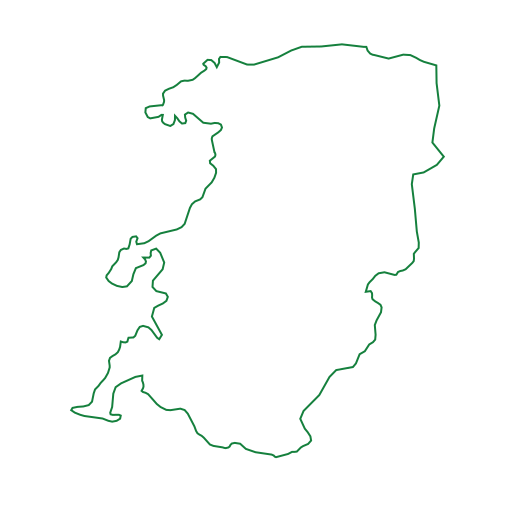 SVG path tracing the border of Rangpur, rotated 263°
{"feature_id": "BGD-5492", "entity_name": "Rangpur", "entity_type": "Division", "adm_level": 1, "iso_a3": "BGD", "parent_name": "Bangladesh", "parent_adm1": "", "projection": "natural_earth1", "projection_center": [88.983, 25.892], "detail": "fine", "context": "isolated", "style": "outline", "palette": "green", "viewbox_px": 512, "rotation_deg": 263, "n_neighbors": 0, "source": "natural_earth", "source_scale": "10m", "svg_char_len": 4109}
<svg xmlns="http://www.w3.org/2000/svg" viewBox="0 0 512 512"><g transform="rotate(263 256 256)"><path d="M452.3,380.8L450.5,388.2L450.1,391.0L446.3,391.8L443.0,394.0L441.6,396.2L441.0,398.1L435.8,411.7L437.9,426.7L436.6,433.7L433.2,439.1L430.5,442.6L428.3,446.3L423.2,458.2L405.6,456.3L382.9,456.3L360.9,448.4L347.1,444.9L331.7,454.5L324.4,446.6L318.5,432.6L317.8,422.0L308.3,419.4L283.4,419.4L260.7,418.6L249.5,419.2L244.1,418.4L240.2,414.1L238.9,412.9L234.0,412.5L231.7,411.9L230.1,410.3L224.6,402.9L223.7,399.9L223.5,397.3L222.8,395.0L220.3,393.0L220.3,391.3L224.2,381.5L223.9,375.6L221.8,372.0L218.9,369.1L216.1,365.5L214.1,363.6L207.1,360.6L207.2,365.5L205.0,366.6L202.8,366.5L200.7,366.1L198.9,366.4L196.5,368.7L194.5,371.3L192.4,373.6L189.7,374.4L184.9,373.2L177.5,367.9L173.0,365.5L163.2,365.1L158.5,364.1L156.2,361.6L154.4,357.6L148.2,352.4L145.9,346.9L137.2,342.1L134.0,338.7L133.0,321.7L127.0,314.2L110.3,301.9L96.4,284.3L89.0,280.1L78.7,283.4L74.9,285.8L70.4,288.0L66.1,288.2L63.1,284.8L61.6,279.6L60.5,277.2L56.9,272.7L56.9,270.3L57.2,267.9L55.6,263.7L53.9,251.4L54.6,250.1L55.8,249.3L57.0,247.3L61.3,231.6L65.8,222.4L71.6,217.4L73.1,212.1L72.8,209.1L71.6,207.6L70.1,206.6L69.3,205.2L69.0,202.5L69.4,201.1L70.1,199.6L72.7,190.6L74.5,187.3L82.1,182.0L84.2,180.1L85.6,178.1L87.2,176.3L89.7,175.2L94.4,174.1L107.8,169.1L111.8,166.4L113.7,162.3L113.4,152.3L114.2,148.2L117.7,142.9L121.2,139.5L132.0,132.1L133.7,129.7L134.8,127.2L136.1,126.0L138.4,127.7L140.0,128.4L142.1,128.6L144.4,128.3L146.1,127.8L151.2,128.6L150.7,121.6L146.1,106.7L142.9,100.7L136.8,97.6L123.6,94.8L118.2,92.2L116.6,92.4L115.8,94.3L115.1,100.6L114.1,102.3L111.1,101.3L109.4,97.6L109.1,93.1L110.4,89.4L113.4,83.9L118.1,66.2L119.8,62.2L122.6,57.1L125.5,53.8L127.6,55.4L128.0,60.5L127.7,66.3L128.4,71.8L131.4,75.5L139.5,78.2L143.2,80.0L146.2,83.8L149.0,86.4L151.5,89.4L153.3,91.4L157.9,94.8L163.2,97.2L165.1,97.4L169.9,97.3L172.7,98.7L174.2,101.4L175.5,104.5L177.3,107.1L179.8,108.8L182.3,110.0L187.6,111.4L186.6,113.6L186.1,116.0L186.7,117.9L188.7,118.7L190.4,119.5L190.1,124.4L191.5,126.4L196.7,129.3L199.8,132.0L200.4,135.4L198.3,140.5L195.3,143.2L186.9,147.9L185.2,149.8L189.2,153.0L208.6,145.3L216.9,148.7L218.7,153.0L220.2,157.7L222.4,161.6L226.2,163.5L229.8,162.0L233.3,152.8L237.9,149.5L244.1,150.7L254.2,161.7L260.7,164.1L270.9,161.3L275.5,157.8L274.3,152.7L271.8,151.8L269.1,151.7L267.4,149.9L268.2,144.0L266.1,145.5L264.0,146.1L262.2,145.5L260.7,143.2L258.6,135.3L252.9,132.1L246.3,129.7L241.6,124.2L241.5,119.5L243.3,114.3L246.2,109.7L249.1,106.7L252.9,104.7L255.0,105.4L257.1,107.7L260.7,110.7L263.3,112.1L266.8,116.4L268.9,118.3L271.4,119.4L276.4,120.8L278.5,122.6L279.5,125.9L278.8,128.3L279.1,130.2L282.9,132.0L288.4,133.7L290.0,135.7L290.1,139.4L288.1,140.6L284.8,138.9L282.2,139.3L282.3,146.7L283.8,151.2L288.4,159.5L290.1,163.9L292.0,180.6L293.7,185.6L296.6,189.1L311.8,196.3L315.2,198.7L317.6,202.2L319.0,207.5L320.9,210.0L329.0,214.1L334.5,221.0L338.7,224.2L343.4,226.5L347.1,226.9L350.8,224.6L353.6,221.8L356.2,221.8L359.7,227.4L360.8,227.9L361.9,228.1L363.1,227.9L364.3,227.5L364.3,227.4L376.7,226.3L377.9,226.4L379.0,226.8L380.1,227.4L383.3,233.6L385.3,236.5L387.7,237.9L390.7,237.2L392.4,234.7L393.1,231.2L392.8,227.4L394.7,219.9L404.8,210.8L406.7,206.1L405.0,202.7L402.0,202.6L398.8,203.2L396.5,202.0L396.5,198.7L399.0,196.4L402.4,194.6L405.0,192.7L400.8,192.1L397.0,190.1L395.5,186.7L398.0,181.7L399.5,180.2L401.0,179.3L402.7,179.2L407.4,180.7L407.6,179.4L406.0,176.2L405.5,167.8L407.1,165.5L412.0,163.7L416.2,164.6L417.4,168.7L417.3,174.4L417.2,180.4L416.9,181.5L417.4,182.1L420.2,183.5L421.9,183.8L426.5,183.3L428.5,183.5L431.2,185.9L432.6,190.0L433.6,194.5L435.5,198.3L438.5,202.9L438.8,206.3L438.2,209.8L438.6,214.6L439.9,217.1L444.6,223.8L446.3,227.4L447.6,229.4L449.0,229.9L450.5,229.2L452.1,227.4L452.6,227.2L452.9,227.1L453.3,227.1L453.5,227.4L456.6,231.8L455.9,235.5L452.7,238.4L448.2,240.1L452.5,243.0L456.1,243.3L457.9,244.9L457.0,251.5L447.1,270.5L446.2,277.3L450.5,302.1L455.7,316.1L458.1,326.9L456.0,346.3L455.6,367.1L452.3,380.8Z" fill="none" stroke="#15803d" stroke-width="2"/></g></svg>